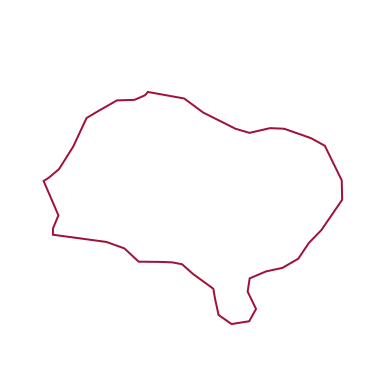 Dong-gu, Daegu, South Korea (Albers equal-area conic projection), rotated 299°
{"feature_id": "91817680B96924831002014", "entity_name": "Dong-gu", "entity_type": "district", "adm_level": 2, "iso_a3": "KOR", "parent_name": "South Korea", "parent_adm1": "Daegu", "projection": "albers", "projection_center": [128.675, 35.931], "detail": "fine", "context": "isolated", "style": "outline", "palette": "rose", "viewbox_px": 384, "rotation_deg": 299, "n_neighbors": 0, "source": "geoboundaries", "source_scale": "gbopen_adm2", "svg_char_len": 701}
<svg xmlns="http://www.w3.org/2000/svg" viewBox="0 0 384 384"><g transform="rotate(299 192 192)"><path d="M205.6,63.9L174.2,66.1L147.6,64.6L135.0,59.8L129.7,56.9L106.8,86.5L92.7,88.1L87.2,91.1L106.8,141.4L109.9,160.2L105.2,179.1L116.2,199.5L120.9,208.9L124.0,218.3L120.8,232.5L119.3,245.0L117.7,257.6L109.8,263.9L97.3,274.9L95.7,290.6L96.3,291.4L106.7,304.7L120.8,304.7L131.8,289.0L144.4,284.3L158.5,295.3L169.5,307.9L185.2,317.3L204.1,318.9L221.4,323.6L258.0,327.1L274.8,317.3L296.8,285.8L296.8,270.1L292.0,241.9L285.7,229.3L271.6,213.6L268.4,199.5L266.9,163.4L270.0,139.8L258.1,104.9L253.8,104.0L244.7,97.0L235.7,81.9L217.6,70.9L205.6,63.9Z" fill="none" stroke="#9f1239" stroke-width="2"/></g></svg>